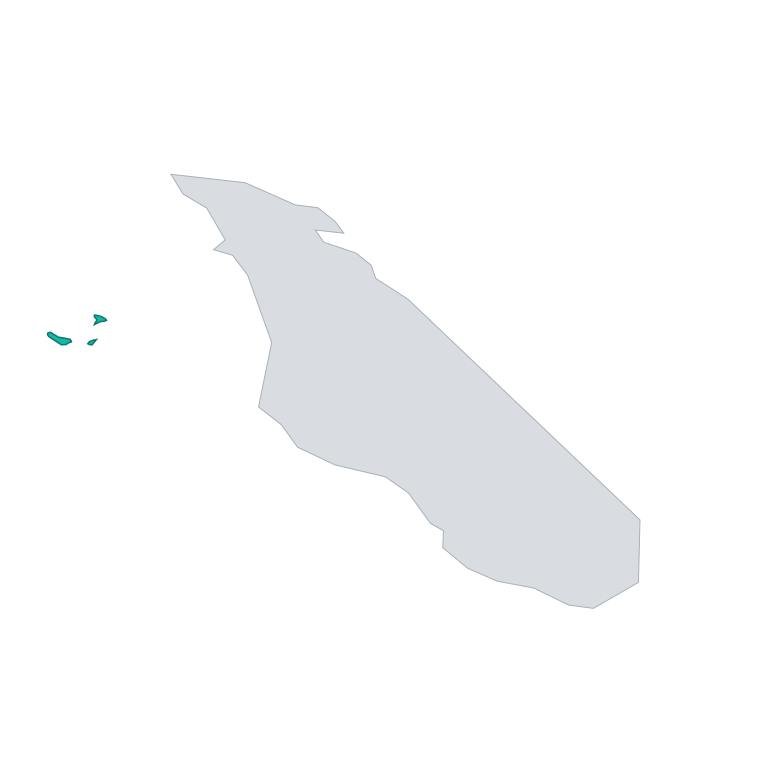 Comoros shown with its bordering countries, rotated 299°
{"feature_id": "COM", "entity_name": "Comoros", "entity_type": "country or territory", "adm_level": 0, "iso_a3": "COM", "parent_name": "Africa", "parent_adm1": "", "projection": "equal_earth", "projection_center": [43.859, -11.868], "detail": "fine", "context": "with_neighbors", "style": "filled", "palette": "teal", "viewbox_px": 768, "rotation_deg": 299, "n_neighbors": 1, "source": "natural_earth", "source_scale": "50m", "svg_char_len": 1066}
<svg xmlns="http://www.w3.org/2000/svg" viewBox="0 0 768 768"><g transform="rotate(299 384 384)"><path d="M464.1,96.0L492.7,164.9L497.6,219.5L506.1,240.7L502.5,262.4L496.4,275.7L485.3,249.2L478.8,262.6L484.9,296.0L481.7,315.2L472.3,325.6L469.8,363.7L389.2,673.8L333.9,702.7L289.3,675.9L280.2,652.8L278.1,613.8L266.4,578.6L263.4,546.8L269.3,514.8L284.5,507.1L284.6,492.3L300.5,458.5L303.5,430.1L289.5,380.6L286.8,339.2L298.6,314.0L303.1,285.4L365.8,265.7L413.0,212.1L423.2,189.2L418.8,169.8L433.1,175.3L451.9,143.7L452.7,116.3L464.1,96.0Z" fill="#d9dde1" stroke="#a8b0b8" stroke-width="1"/><path d="M270.0,89.6L269.4,90.2L266.3,87.6L264.5,87.0L261.9,82.8L262.9,68.2L263.7,66.3L264.4,65.6L265.8,65.3L267.5,67.1L267.1,76.5L269.4,82.8L270.9,87.8L270.0,89.6ZM304.3,97.8L306.0,104.1L305.9,108.9L305.2,110.4L303.7,109.4L300.9,105.6L295.6,101.9L298.0,101.6L299.5,102.0L301.0,101.7L301.9,99.6L302.1,98.4L303.4,97.4L304.3,97.8ZM281.0,108.1L283.4,110.9L276.7,109.7L275.7,107.2L275.6,105.4L278.1,105.8L281.0,108.1Z" fill="#14b8a6" stroke="#0f766e" stroke-width="1.5"/></g></svg>